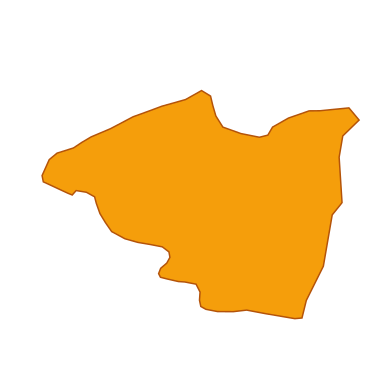 an SVG outline of Lipkovo, rotated 101°
{"feature_id": "MKD-2920", "entity_name": "Lipkovo", "entity_type": "Statistical Region", "adm_level": 1, "iso_a3": "MKD", "parent_name": "North Macedonia", "parent_adm1": "", "projection": "albers", "projection_center": [21.587, 42.142], "detail": "fine", "context": "isolated", "style": "filled", "palette": "amber", "viewbox_px": 384, "rotation_deg": 101, "n_neighbors": 0, "source": "natural_earth", "source_scale": "10m", "svg_char_len": 965}
<svg xmlns="http://www.w3.org/2000/svg" viewBox="0 0 384 384"><g transform="rotate(101 192 192)"><path d="M89.5,41.7L108.2,54.7L129.8,54.2L173.8,42.7L176.2,43.9L187.7,50.0L239.8,48.9L276.6,59.1L294.7,60.0L296.7,66.9L297.4,96.7L297.5,115.8L301.6,128.7L304.5,144.1L304.5,156.0L302.7,161.5L296.8,164.0L288.7,165.0L281.7,170.4L281.7,181.9L282.5,188.3L282.1,200.2L281.7,206.7L278.5,209.2L272.9,208.2L266.6,203.2L260.4,201.2L255.2,203.2L251.5,210.7L251.5,223.1L251.8,235.5L250.7,248.9L246.2,263.3L238.5,271.2L230.8,278.2L221.5,283.7L215.3,286.7L212.4,295.6L212.7,306.0L217.8,309.0L216.9,313.6L210.4,339.9L204.5,342.3L187.4,338.3L179.6,331.9L171.4,316.8L164.3,309.6L157.2,301.6L151.8,293.6L145.4,284.1L129.4,264.2L120.3,249.0L113.5,237.9L102.5,216.0L90.6,202.0L94.3,192.1L103.1,188.1L112.8,183.1L122.4,174.1L125.3,155.2L125.4,136.3L121.7,128.4L112.9,125.3L101.0,111.4L90.0,92.5L87.9,82.2L79.5,54.0L89.5,41.7Z" fill="#f59e0b" stroke="#b45309" stroke-width="1.5"/></g></svg>